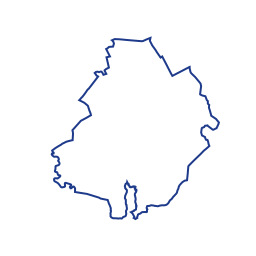 Saukas pag., Viesites, Latvia, rotated 70°
{"feature_id": "27541924B65638729779060", "entity_name": "Saukas pag.", "entity_type": "district", "adm_level": 2, "iso_a3": "LVA", "parent_name": "Latvia", "parent_adm1": "Viesites", "projection": "mercator", "projection_center": [25.443, 56.28], "detail": "fine", "context": "isolated", "style": "outline", "palette": "blue", "viewbox_px": 256, "rotation_deg": 70, "n_neighbors": 0, "source": "geoboundaries", "source_scale": "gbopen_adm2", "svg_char_len": 5762}
<svg xmlns="http://www.w3.org/2000/svg" viewBox="0 0 256 256"><g transform="rotate(70 128 128)"><path d="M206.1,174.3L206.5,174.1L207.0,173.6L207.7,172.7L207.8,172.7L208.3,171.4L208.4,170.9L208.8,170.2L209.2,169.0L209.7,168.4L210.2,166.1L210.7,165.5L210.9,164.7L210.8,164.4L210.1,163.2L210.0,161.9L210.0,161.1L209.9,160.4L209.3,159.8L208.1,159.0L206.7,158.7L205.3,158.3L203.9,156.8L202.7,156.4L201.0,156.1L199.9,155.7L199.4,155.8L199.3,156.0L199.2,156.0L198.4,155.9L198.1,155.8L197.6,155.7L196.8,155.3L195.4,154.9L194.8,154.6L193.2,154.9L192.8,154.9L190.9,153.9L190.3,153.4L188.3,151.5L188.1,151.2L186.7,150.5L186.0,150.3L185.5,150.4L185.0,150.7L184.9,150.8L184.2,150.9L183.8,151.2L182.6,150.9L182.2,151.0L181.7,150.9L181.3,150.7L180.4,149.9L180.1,149.5L179.7,149.3L179.7,149.1L179.4,148.2L179.3,147.9L179.0,147.6L178.5,147.3L179.4,147.2L179.9,147.3L180.1,147.1L180.3,147.2L180.6,147.0L180.8,147.0L180.8,146.8L180.9,146.7L181.0,146.8L181.1,147.0L181.6,146.8L181.6,147.1L181.8,147.1L182.2,146.6L182.6,146.5L182.8,146.6L183.0,146.5L183.4,146.5L183.6,146.6L183.9,146.6L184.2,146.4L184.2,146.0L184.6,145.8L184.8,145.3L184.7,144.6L184.8,144.4L184.8,144.2L184.6,144.0L184.6,143.8L184.9,143.7L185.0,143.5L185.1,143.3L184.8,142.6L185.1,142.3L185.2,142.1L185.3,141.8L185.3,141.6L186.0,141.5L186.1,141.3L186.5,141.7L187.2,142.3L187.4,142.1L187.7,142.2L188.0,142.0L188.4,142.2L188.5,142.0L188.4,141.9L188.5,141.7L188.7,141.9L189.1,142.0L189.1,141.6L189.3,141.3L189.8,141.5L190.7,142.2L191.0,142.4L191.7,143.5L192.2,144.0L192.7,144.3L193.4,144.5L195.3,144.7L197.4,145.1L198.7,145.8L199.1,146.2L199.9,146.4L201.4,146.6L202.4,146.5L204.1,147.1L204.2,146.8L205.1,147.2L206.0,147.8L207.3,148.4L207.5,149.8L207.4,150.2L208.0,150.9L207.9,151.2L208.0,152.8L208.1,154.0L209.8,153.0L213.9,152.4L214.5,153.4L216.1,152.1L215.7,150.1L215.2,150.1L214.9,149.9L212.8,148.2L212.6,147.8L212.6,146.1L212.6,145.6L212.1,144.4L211.9,143.4L212.1,142.8L212.8,140.6L213.3,139.7L213.3,139.4L213.2,138.8L212.0,138.4L211.6,138.3L211.0,137.6L209.9,137.9L209.2,137.7L207.9,136.6L208.5,134.7L208.5,133.2L208.5,132.7L209.3,131.1L209.6,130.5L210.4,129.4L210.8,128.4L211.4,127.4L211.6,126.9L211.8,126.4L211.8,125.9L211.8,124.8L212.2,122.7L212.4,122.1L213.0,120.5L213.2,119.7L213.3,118.7L213.3,118.1L213.1,117.5L212.7,116.4L212.4,115.8L210.4,113.4L209.8,111.8L209.8,111.5L209.6,111.2L208.2,109.1L206.2,105.1L205.9,104.7L205.3,104.0L203.6,102.9L202.2,101.4L200.6,100.4L200.1,99.9L199.3,98.9L197.7,95.9L197.4,95.1L197.0,93.3L196.9,92.8L196.9,92.3L197.3,90.7L197.3,90.4L190.9,87.3L185.0,84.6L184.3,84.0L182.7,80.7L181.8,78.7L181.3,77.7L177.4,68.9L176.1,66.2L175.3,64.6L174.4,62.0L173.2,58.9L172.7,57.7L171.1,57.8L168.1,57.4L166.4,57.4L166.3,57.5L165.9,58.6L165.6,58.7L164.2,58.9L162.9,58.7L160.3,61.0L157.2,60.8L153.5,58.8L153.4,58.6L153.2,58.4L153.2,56.2L152.2,54.8L152.8,52.8L152.8,52.5L153.0,52.5L158.6,48.9L158.8,48.5L158.6,46.4L158.5,46.2L158.5,44.9L155.3,41.7L154.0,40.8L153.9,40.7L149.6,42.2L144.9,45.6L143.6,45.4L139.7,45.1L136.7,45.0L136.1,44.8L134.1,43.8L132.8,44.5L132.3,44.6L130.1,43.8L129.8,43.8L129.2,44.2L128.7,44.4L124.7,44.4L124.4,44.7L124.0,45.4L123.0,46.9L121.3,48.6L121.0,48.7L120.5,48.5L113.7,45.0L113.4,44.9L112.9,44.9L111.7,44.7L110.8,44.7L103.2,47.4L98.3,49.8L97.3,50.1L96.7,50.1L93.1,49.7L91.7,49.2L91.7,49.4L94.2,68.5L91.2,69.0L80.0,70.4L72.5,71.4L73.0,73.2L72.5,73.4L72.4,73.2L72.0,73.5L69.9,74.1L66.0,75.1L64.3,75.4L58.6,77.0L53.5,77.6L51.0,76.1L51.1,80.0L51.4,84.0L51.2,85.3L48.4,91.4L44.7,99.4L42.4,104.2L41.2,106.9L39.9,110.1L40.1,112.9L40.5,112.6L40.6,112.8L41.9,112.3L43.8,112.3L46.4,114.2L45.3,118.1L46.1,120.0L46.3,121.5L54.6,120.5L54.2,124.0L64.7,125.3L65.1,128.3L65.3,129.0L65.8,130.3L66.1,130.4L69.7,129.9L69.6,132.9L67.6,133.1L66.0,133.6L65.9,133.8L65.6,134.6L65.6,136.2L64.7,137.2L64.4,138.7L64.4,139.0L64.9,140.5L65.7,140.3L66.0,140.0L66.9,139.8L67.7,139.8L69.4,138.5L73.5,144.9L76.8,150.1L76.9,150.4L77.5,151.1L77.8,152.0L78.2,152.9L81.3,157.3L81.4,157.6L81.8,158.1L83.2,160.4L83.8,161.8L84.1,162.2L85.2,164.3L88.9,160.8L89.7,160.2L93.4,158.1L97.9,158.3L101.6,158.2L103.3,158.4L103.7,160.7L104.3,164.1L105.1,169.8L111.1,181.0L112.4,181.1L114.5,181.6L120.5,184.2L120.2,186.1L119.8,190.4L120.3,195.1L120.8,196.7L121.4,200.1L122.1,203.3L123.2,206.9L123.6,206.8L124.3,207.0L124.7,206.9L125.4,206.4L125.7,206.3L126.1,206.4L126.5,206.7L126.4,207.1L126.0,207.8L126.0,208.0L126.3,208.4L126.7,208.7L128.0,208.4L129.0,207.8L129.7,207.3L129.9,206.9L130.0,206.4L130.5,205.0L130.8,204.5L131.1,204.1L131.5,203.9L132.6,203.6L133.5,203.6L134.1,203.9L134.8,204.8L135.1,204.8L135.5,204.8L135.8,204.6L136.8,204.4L137.4,204.4L138.2,204.6L138.7,205.0L138.9,205.4L139.1,205.9L139.1,207.0L139.0,208.8L139.1,209.0L139.5,209.3L141.7,210.2L142.2,210.5L143.4,211.4L143.7,211.5L144.1,211.4L144.5,211.1L145.2,209.9L145.6,209.7L146.4,209.7L147.6,209.8L148.0,209.8L148.5,209.5L149.1,208.4L149.3,208.1L149.7,208.0L149.9,208.0L150.5,208.7L151.1,210.5L151.3,211.4L151.3,211.7L150.7,212.6L150.4,213.5L150.3,214.2L150.4,214.6L151.3,215.2L152.2,215.3L152.9,215.2L155.5,212.9L157.0,212.2L159.2,211.5L160.2,211.3L160.5,211.1L161.0,210.7L161.3,210.1L161.6,207.8L161.5,207.5L161.2,207.1L160.9,207.0L159.7,206.6L159.2,206.6L158.7,206.4L158.2,206.0L158.2,205.8L158.2,205.4L158.4,205.0L161.4,201.1L161.7,200.9L162.3,200.9L162.6,201.1L163.2,202.5L163.5,202.8L164.7,202.7L165.0,202.6L165.1,202.2L165.2,201.9L164.3,199.7L164.4,199.2L164.5,199.0L164.8,198.8L166.3,198.4L167.1,198.5L168.2,199.0L170.0,199.7L171.2,197.6L175.9,189.1L181.5,181.7L183.4,179.2L184.9,177.9L185.9,176.3L186.1,176.0L186.4,175.5L188.3,172.4L188.7,171.7L192.6,171.8L194.4,171.6L197.5,171.6L198.4,172.0L199.5,172.4L200.0,172.3L201.0,172.8L202.2,173.7L203.6,174.0L204.9,174.6L206.1,174.3Z" fill="none" stroke="#1e3a8a" stroke-width="2"/></g></svg>